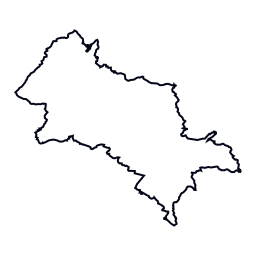 Isverna, Mehedinti, Romania (Natural Earth projection)
{"feature_id": "2599482B93606099266204", "entity_name": "Isverna", "entity_type": "district", "adm_level": 2, "iso_a3": "ROU", "parent_name": "Romania", "parent_adm1": "Mehedinti", "projection": "natural_earth1", "projection_center": [22.644, 44.967], "detail": "fine", "context": "isolated", "style": "outline", "palette": "ink", "viewbox_px": 256, "rotation_deg": 0, "n_neighbors": 0, "source": "geoboundaries", "source_scale": "gbopen_adm2", "svg_char_len": 5758}
<svg xmlns="http://www.w3.org/2000/svg" viewBox="0 0 256 256"><path d="M240.4,170.2L238.7,168.6L238.1,168.5L238.9,164.6L238.5,163.9L237.4,163.0L237.8,160.3L236.2,159.5L235.3,159.8L233.3,158.1L232.6,157.1L232.7,156.5L233.7,155.9L231.8,154.6L230.1,152.4L230.5,151.0L230.9,150.9L231.5,149.8L231.2,148.6L230.3,147.3L228.8,147.0L228.2,146.1L225.0,145.2L223.5,143.9L222.1,143.9L220.2,144.7L216.8,144.6L215.4,144.2L214.2,143.1L214.5,143.0L214.1,142.0L214.6,141.8L214.6,141.4L213.3,141.2L211.3,140.2L210.2,139.1L207.6,140.7L208.5,139.0L212.1,137.1L216.0,133.6L215.9,132.3L215.4,132.1L214.8,132.5L214.6,131.6L213.7,131.6L212.8,132.8L211.9,132.7L210.0,134.3L209.3,133.8L204.9,138.6L202.7,138.7L197.4,140.0L187.8,138.5L186.5,136.9L185.9,135.5L185.3,135.3L183.8,136.2L181.8,135.9L181.1,134.7L181.2,134.1L182.8,133.0L183.5,131.0L186.0,129.4L187.8,128.9L183.9,128.7L183.1,128.3L184.5,127.8L184.7,127.3L182.9,124.2L185.3,121.2L183.3,119.9L182.3,117.4L179.3,114.8L178.9,112.9L177.5,111.6L178.1,109.6L177.8,108.4L177.4,107.7L176.3,107.3L176.6,106.3L176.4,105.3L176.0,104.9L176.2,103.0L178.5,100.7L178.6,99.7L177.8,98.9L177.3,97.7L175.1,95.5L175.7,95.2L175.7,94.9L175.4,94.9L175.9,94.1L175.1,93.7L174.0,92.2L172.7,91.7L172.2,89.6L173.1,87.8L174.1,87.6L174.1,87.0L175.8,85.6L175.6,85.3L174.9,85.4L174.1,84.4L173.9,85.5L172.0,85.2L168.0,83.8L165.2,84.1L164.7,84.6L161.8,85.2L159.8,85.1L157.3,83.5L151.3,83.1L148.7,81.9L148.2,81.3L143.8,78.9L143.2,78.0L143.3,76.9L142.7,76.6L141.2,76.8L140.6,77.4L139.7,77.6L138.4,77.4L136.8,77.8L134.3,79.5L129.4,80.3L128.8,80.8L127.6,80.6L125.3,78.9L124.9,74.9L125.3,74.9L120.9,73.2L117.3,73.7L115.6,72.2L115.0,72.6L113.9,72.6L113.2,71.6L113.7,71.8L114.1,71.2L112.2,71.3L110.9,69.8L110.9,67.6L108.2,67.8L107.8,66.6L106.5,66.7L106.6,66.1L106.1,66.0L106.2,65.1L105.9,64.8L103.6,64.7L102.8,66.1L100.2,67.3L100.1,66.4L100.5,66.2L99.5,66.0L95.9,63.1L96.2,61.2L97.2,61.1L97.5,59.1L97.3,58.9L97.3,58.1L97.9,57.9L97.9,57.4L97.3,57.0L96.2,57.6L95.5,56.0L94.6,55.3L95.1,53.5L95.9,51.9L96.0,50.4L97.2,49.0L98.1,48.7L98.5,47.6L98.2,45.8L97.5,44.5L98.1,41.9L97.3,39.9L96.1,40.3L93.2,43.4L90.8,44.5L90.8,44.8L91.4,45.0L90.6,46.9L89.9,47.6L90.2,48.7L89.0,49.6L87.6,51.4L87.0,51.6L86.3,51.3L86.2,50.9L87.9,49.3L87.7,48.9L88.3,47.8L88.1,47.1L89.6,45.4L87.6,45.0L86.7,46.7L86.3,46.5L86.5,45.2L85.2,45.1L84.0,43.6L82.6,43.6L82.4,43.2L83.2,41.6L82.8,38.8L80.3,36.7L80.3,36.0L77.7,33.5L76.6,31.6L74.9,30.7L74.4,30.5L73.9,31.5L72.2,32.7L69.4,33.5L68.3,34.3L68.0,35.5L68.2,36.8L67.2,37.8L66.0,38.1L64.3,37.5L63.5,37.8L62.1,37.6L58.0,38.5L56.6,39.3L56.5,41.1L53.3,41.2L50.9,46.3L49.6,47.5L46.5,48.9L46.5,49.6L47.3,50.0L47.4,50.8L45.5,51.7L44.8,52.8L45.0,53.5L46.7,55.0L46.6,56.7L44.2,57.1L43.3,60.1L41.5,61.2L42.3,63.5L41.5,64.3L39.7,64.7L39.9,65.8L39.1,66.8L37.8,67.5L35.3,69.9L33.9,71.8L30.5,73.6L30.1,74.8L27.8,76.8L26.7,79.9L26.0,80.2L25.3,82.2L21.8,86.6L19.3,88.1L18.4,89.6L15.4,92.3L16.1,93.0L16.9,95.0L18.4,96.5L23.7,99.0L25.4,99.0L26.4,99.3L29.8,102.2L30.2,103.3L31.2,103.9L33.9,103.8L35.4,104.4L38.0,104.1L40.6,104.2L42.8,103.5L43.8,103.9L44.8,103.6L45.8,104.0L45.4,108.3L44.9,108.9L45.2,109.1L45.8,110.8L47.5,112.2L44.9,115.3L44.7,116.2L44.9,118.0L46.9,119.8L46.6,120.9L45.6,121.9L45.4,123.0L44.5,123.8L42.9,127.1L41.4,127.7L41.1,128.5L39.7,128.5L40.0,128.9L39.3,129.3L40.4,129.3L40.6,129.7L35.3,132.6L36.5,134.5L35.8,137.0L37.6,137.7L36.8,139.2L37.9,139.7L39.2,142.8L40.4,143.5L42.6,143.2L42.8,142.7L43.2,143.0L45.5,142.2L48.8,140.4L53.0,139.6L55.3,139.9L58.5,140.9L59.4,141.6L62.7,141.5L65.3,140.3L67.1,140.5L67.1,139.8L68.1,138.9L69.1,138.7L68.8,137.8L69.0,136.8L70.3,137.0L70.6,136.2L72.3,136.2L72.9,135.9L72.6,138.0L74.0,140.7L76.2,140.7L76.5,141.3L79.8,143.0L79.9,143.9L81.5,143.9L83.0,144.7L83.4,144.5L88.9,146.4L90.4,147.2L90.8,148.7L92.1,148.8L92.2,149.1L93.2,148.8L94.2,147.8L96.4,147.2L96.7,145.9L98.1,145.2L101.3,144.4L104.1,144.8L103.5,146.3L107.5,147.8L109.1,147.8L109.9,149.0L109.1,150.6L107.8,151.3L106.8,152.5L107.4,153.9L109.2,153.8L109.1,154.7L109.7,155.6L113.3,158.2L115.2,158.2L117.9,157.2L119.2,157.5L118.5,158.3L117.8,160.3L118.2,162.2L119.4,163.3L121.7,163.3L121.8,164.4L122.6,165.2L124.4,165.2L125.2,166.0L126.3,165.7L128.6,167.0L128.8,167.4L128.0,169.8L128.6,170.8L134.8,171.0L134.7,173.3L144.0,175.6L137.1,184.0L135.2,188.0L136.4,188.5L136.5,189.1L138.2,190.0L139.8,189.9L140.0,190.1L139.7,191.3L141.0,191.8L140.1,192.6L142.1,192.8L141.5,193.9L142.2,193.9L142.8,193.2L144.0,193.4L146.6,195.1L148.6,195.9L149.1,196.5L149.1,197.3L150.9,198.5L151.7,198.7L153.7,198.0L154.1,197.2L155.9,199.6L157.9,201.3L158.3,202.6L158.0,203.4L161.4,205.0L163.6,206.7L164.0,208.1L162.3,209.6L162.3,210.3L164.6,210.7L166.2,211.5L168.2,211.6L168.3,212.7L167.9,213.5L165.7,216.6L166.1,218.0L164.6,217.9L164.1,218.2L164.1,218.8L167.1,219.8L171.1,223.6L174.1,225.5L176.6,223.8L176.2,222.1L175.6,221.3L175.6,220.5L176.1,219.2L175.6,218.3L176.1,218.2L176.0,217.8L173.6,214.8L173.4,214.4L173.8,213.5L174.2,213.2L172.9,210.5L173.7,209.1L173.0,208.2L173.5,206.9L173.4,205.9L173.0,205.6L173.7,202.7L174.9,202.1L176.1,202.3L177.5,201.3L179.2,198.7L179.0,197.3L180.3,195.7L181.0,193.9L181.9,193.0L183.2,192.5L184.9,190.8L186.3,189.3L186.5,188.0L187.6,186.6L190.7,186.5L192.8,187.7L193.2,188.5L194.6,189.6L194.5,189.9L195.6,190.0L195.2,187.6L195.4,185.0L194.2,182.5L194.3,180.7L191.7,177.3L191.7,176.4L192.5,175.0L192.7,173.8L191.1,172.3L192.2,172.8L195.4,172.8L196.0,172.4L196.5,171.1L198.1,171.1L198.4,170.6L200.4,170.3L201.1,170.6L200.2,167.8L201.6,167.3L204.7,167.9L208.2,167.0L211.2,167.5L216.9,166.5L218.2,167.2L218.3,168.0L219.3,169.3L220.5,169.5L221.3,170.2L224.5,170.3L225.9,169.5L227.5,169.4L231.0,171.8L231.8,172.0L234.0,172.1L236.2,170.4L238.3,170.8L238.8,171.8L240.3,171.9L240.6,171.1L240.4,170.2Z" fill="none" stroke="#020617" stroke-width="2"/></svg>